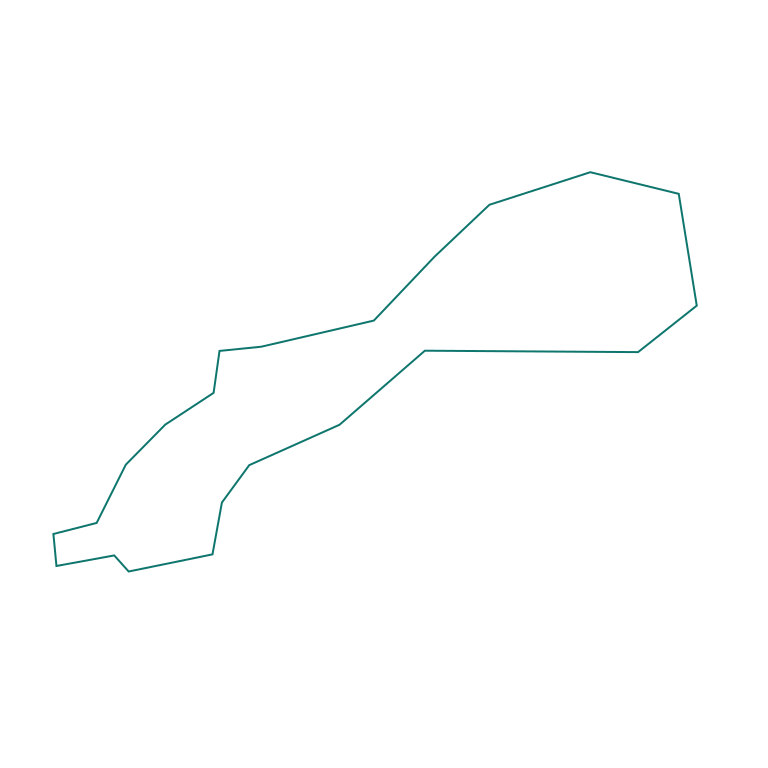 SVG path tracing the border of Saint George Basseterre, rotated 284°
{"feature_id": "KNA-5101", "entity_name": "Saint George Basseterre", "entity_type": "Parish", "adm_level": 1, "iso_a3": "KNA", "parent_name": "Saint Kitts and Nevis", "parent_adm1": "", "projection": "natural_earth1", "projection_center": [-62.687, 17.269], "detail": "fine", "context": "isolated", "style": "outline", "palette": "teal", "viewbox_px": 768, "rotation_deg": 284, "n_neighbors": 0, "source": "natural_earth", "source_scale": "10m", "svg_char_len": 441}
<svg xmlns="http://www.w3.org/2000/svg" viewBox="0 0 768 768"><g transform="rotate(284 384 384)"><path d="M376.3,216.4L390.5,255.9L443.1,358.8L519.7,402.2L583.4,442.9L639.4,532.9L639.8,624.0L535.7,668.5L476.4,622.8L426.2,415.6L333.7,350.7L272.7,272.9L229.8,255.4L177.2,258.8L140.3,181.6L152.4,163.7L128.2,110.2L158.5,99.5L179.7,138.8L243.3,153.0L291.7,181.6L334.2,220.8L376.3,216.4Z" fill="none" stroke="#0f766e" stroke-width="2"/></g></svg>